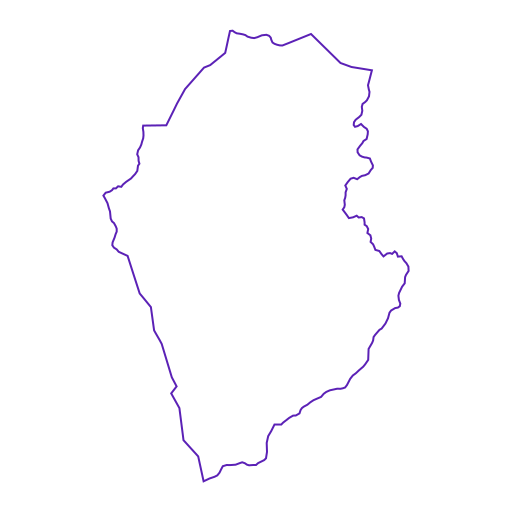 the district of Alto Longá, Piauí, Brazil
{"feature_id": "56859067B34833436466805", "entity_name": "Alto Longá", "entity_type": "district", "adm_level": 2, "iso_a3": "BRA", "parent_name": "Brazil", "parent_adm1": "Piauí", "projection": "robinson", "projection_center": [-42.12, -5.395], "detail": "fine", "context": "isolated", "style": "outline", "palette": "violet", "viewbox_px": 512, "rotation_deg": 0, "n_neighbors": 0, "source": "geoboundaries", "source_scale": "gbopen_adm2", "svg_char_len": 3281}
<svg xmlns="http://www.w3.org/2000/svg" viewBox="0 0 512 512"><path d="M371.9,70.3L351.5,67.0L340.5,63.0L311.0,34.0L288.5,43.1L282.4,45.5L279.8,45.4L276.9,44.7L274.5,43.8L272.5,42.5L271.3,39.8L270.7,37.6L269.1,35.8L266.4,34.8L261.9,35.3L257.4,37.2L254.2,38.1L251.1,37.7L247.5,36.6L245.4,35.1L243.1,34.4L240.2,33.8L236.7,33.3L234.6,32.2L232.6,30.7L230.0,31.0L228.5,37.7L226.4,47.5L225.2,52.9L210.2,65.1L204.0,67.6L185.1,89.0L177.0,103.6L173.7,110.4L166.3,125.3L143.2,125.6L142.8,128.1L143.4,131.9L143.5,135.5L143.2,138.3L142.1,141.6L141.3,144.6L140.0,147.5L138.1,150.3L137.2,154.3L138.5,157.2L138.6,160.9L139.4,163.7L138.0,165.7L137.3,170.9L135.1,174.1L132.8,176.5L131.0,178.5L126.2,181.8L123.0,184.5L121.3,186.8L118.1,186.3L115.9,188.4L113.4,188.4L112.0,190.2L109.7,191.7L105.7,192.7L103.4,195.6L105.0,198.4L107.5,203.2L108.9,208.3L110.0,211.4L110.4,215.5L110.7,218.6L112.0,221.4L114.0,223.1L115.8,226.4L116.7,228.7L116.7,231.6L115.6,234.2L114.6,237.5L112.6,242.4L112.3,245.2L113.9,247.6L116.7,249.4L118.7,251.8L127.6,255.9L129.5,261.8L132.6,271.5L139.7,293.5L142.4,296.7L150.9,307.1L153.6,326.8L154.1,330.4L155.5,332.9L159.6,340.0L161.7,343.9L171.8,377.3L176.6,386.4L171.2,393.4L179.4,408.1L183.0,436.2L183.5,440.2L198.2,456.4L203.6,481.3L209.5,478.5L214.5,476.8L217.3,475.4L219.5,472.7L221.1,469.4L222.8,466.2L226.7,465.0L229.8,465.1L235.6,464.7L239.8,463.1L242.2,462.3L244.8,463.2L247.0,464.7L249.1,465.3L253.3,465.0L256.0,465.0L258.1,463.1L264.2,460.1L266.0,458.3L267.0,451.9L266.7,442.9L268.2,436.1L271.2,431.1L274.5,424.5L281.3,424.5L283.0,422.7L289.3,417.8L293.1,415.6L295.8,415.5L299.5,413.4L300.6,410.0L301.9,408.1L303.7,406.7L307.4,404.7L310.3,402.3L313.5,400.2L316.9,398.7L321.1,396.9L323.7,393.8L326.3,391.9L329.9,390.3L333.6,389.5L337.2,388.7L340.4,388.8L342.8,388.3L345.1,387.5L347.0,385.0L350.2,378.8L352.8,375.5L355.8,373.3L359.2,370.1L363.2,366.7L365.1,364.4L368.2,359.9L368.6,348.9L372.1,342.9L373.1,340.5L373.6,337.0L375.1,334.9L379.5,329.8L381.6,328.6L385.4,323.6L388.0,318.3L389.5,312.7L391.1,310.5L395.1,308.1L397.9,307.6L399.8,306.2L400.3,303.6L398.9,299.9L398.4,295.7L399.1,292.9L402.1,286.7L404.7,283.3L404.9,280.3L405.1,277.1L406.0,274.9L408.6,270.9L408.4,266.6L406.4,263.2L404.4,261.0L403.0,258.9L401.6,256.3L397.9,256.6L396.8,253.2L394.7,251.4L392.1,253.9L390.1,253.1L387.2,253.5L383.5,256.4L381.5,254.1L379.3,251.0L375.4,249.9L374.1,246.5L373.1,244.3L370.6,241.9L371.2,238.6L370.4,235.3L367.4,233.0L368.2,229.0L366.7,226.1L364.6,224.7L364.6,222.4L364.0,218.4L361.7,217.1L358.7,217.5L356.7,215.7L353.1,217.3L348.9,218.1L346.9,215.2L344.9,212.5L342.7,209.6L344.3,207.2L344.8,204.8L344.3,200.3L345.2,197.7L345.6,195.3L345.6,192.3L346.8,188.9L345.3,185.5L347.8,182.0L350.6,178.7L353.6,177.8L357.2,179.2L359.8,177.1L361.9,175.9L365.2,175.2L368.6,173.5L370.8,170.0L372.7,167.9L372.9,165.4L371.0,161.5L369.9,158.5L366.7,157.6L364.5,157.4L361.9,156.6L359.6,155.3L357.6,152.3L357.5,149.4L360.1,145.8L362.3,143.2L363.5,141.0L366.6,139.0L367.7,134.3L367.9,131.3L366.7,128.8L363.9,126.9L361.0,124.0L357.7,126.1L355.0,126.8L353.7,125.0L354.0,122.2L355.7,119.7L359.2,117.0L361.4,114.8L362.3,110.8L361.8,106.8L362.6,103.9L365.1,102.1L366.9,100.3L369.0,96.3L369.5,91.9L368.8,89.4L368.0,85.2L368.9,81.9L371.9,70.3Z" fill="none" stroke="#5b21b6" stroke-width="2"/></svg>